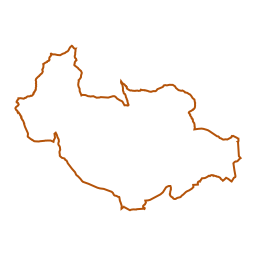 the district of Altina, Sibiu, Romania
{"feature_id": "2599482B30844393553970", "entity_name": "Altina", "entity_type": "district", "adm_level": 2, "iso_a3": "ROU", "parent_name": "Romania", "parent_adm1": "Sibiu", "projection": "mercator", "projection_center": [24.479, 45.949], "detail": "fine", "context": "isolated", "style": "outline", "palette": "amber", "viewbox_px": 256, "rotation_deg": 0, "n_neighbors": 0, "source": "geoboundaries", "source_scale": "gbopen_adm2", "svg_char_len": 5686}
<svg xmlns="http://www.w3.org/2000/svg" viewBox="0 0 256 256"><path d="M175.7,198.9L176.7,198.2L177.6,197.8L180.5,197.1L181.9,195.5L183.1,194.7L185.9,192.0L187.0,191.3L189.1,190.4L191.8,188.7L193.4,187.1L193.2,184.9L197.9,184.6L197.9,183.8L197.7,183.0L198.2,181.8L199.0,181.4L199.8,181.6L199.9,180.9L200.7,180.5L200.9,179.7L201.5,179.1L201.9,178.3L204.6,178.1L205.5,177.8L207.9,176.5L208.5,175.9L209.1,175.7L209.9,176.1L211.2,175.1L211.9,175.1L213.1,175.3L213.3,175.7L213.6,175.4L215.5,176.1L216.4,176.2L216.9,176.6L218.4,176.8L220.2,177.8L220.9,179.0L222.6,180.3L222.9,180.7L224.3,179.6L226.1,177.8L228.4,179.0L231.2,181.3L231.6,181.5L233.9,177.8L235.2,177.1L235.4,176.7L235.4,175.7L234.4,170.2L233.4,163.3L234.7,161.9L235.8,161.4L236.5,161.5L237.5,161.1L239.5,158.9L240.6,158.1L238.9,156.2L238.0,142.0L237.7,141.7L238.3,141.5L238.5,140.4L238.4,138.6L237.8,138.5L236.9,137.8L233.1,135.9L232.5,136.2L231.9,136.0L231.4,136.8L231.3,137.4L227.3,139.5L225.8,139.3L223.6,139.6L222.6,139.4L221.3,138.5L219.7,138.0L219.4,137.7L219.2,137.2L218.2,136.4L217.1,136.3L209.7,131.3L208.1,130.3L206.7,129.8L203.6,128.9L201.6,128.6L198.6,128.8L194.4,129.4L194.8,127.6L194.8,127.0L194.5,126.1L194.6,125.1L194.2,123.1L193.7,122.6L192.9,121.2L192.9,120.0L192.6,119.6L192.7,119.2L191.9,118.6L191.6,118.2L191.7,117.6L190.1,115.4L190.2,114.5L189.6,113.9L188.8,112.9L188.8,112.6L189.3,111.8L191.3,110.8L192.3,110.1L192.8,110.0L192.9,109.5L193.8,109.1L194.8,107.7L195.1,105.7L195.0,103.7L195.2,103.0L194.9,102.3L194.4,99.5L192.7,98.2L191.1,95.7L189.9,94.4L188.7,93.9L187.4,92.9L185.0,92.4L184.7,91.8L182.5,90.5L181.2,90.8L178.5,90.1L175.9,87.9L175.0,86.3L172.8,84.9L169.5,84.8L166.9,85.4L165.3,85.1L164.7,85.2L164.5,85.4L163.7,85.5L163.1,86.6L162.7,87.0L157.4,89.2L156.3,90.7L155.3,91.2L153.3,91.1L151.0,91.8L149.1,91.5L147.4,90.8L146.9,90.8L145.6,90.3L145.0,90.5L144.4,90.1L142.5,90.1L140.8,89.7L140.5,90.6L140.2,90.7L138.5,90.9L137.5,90.6L135.8,90.7L135.1,90.9L132.5,90.7L131.3,90.4L130.2,90.5L128.6,89.7L127.1,88.7L126.7,87.9L126.9,87.5L126.8,86.9L126.0,86.3L126.0,86.1L125.7,86.1L124.4,84.4L123.1,83.7L122.1,82.8L121.1,81.3L121.0,82.0L121.2,82.7L121.4,83.5L122.3,84.5L122.7,86.5L123.0,88.2L122.9,89.2L123.0,90.8L123.5,91.7L123.7,93.0L124.2,93.7L125.1,94.2L125.8,96.1L125.9,97.1L126.7,98.7L126.8,99.5L127.4,100.5L127.4,101.5L127.6,101.9L127.9,103.3L128.5,104.7L128.4,105.3L128.0,105.5L127.2,105.5L126.2,105.2L124.5,105.3L122.5,101.7L121.8,101.1L119.9,100.3L117.0,98.5L116.1,97.4L115.2,96.6L114.3,96.2L113.0,96.2L108.2,97.6L100.7,97.1L99.6,97.5L96.6,97.7L93.4,96.2L90.3,96.5L89.6,96.3L88.1,96.2L85.6,95.1L84.4,95.0L82.4,94.9L81.4,95.4L81.2,94.7L79.7,91.2L79.6,88.7L78.6,86.7L78.2,84.8L78.5,82.2L78.8,81.5L78.6,80.2L79.4,79.5L80.9,77.4L81.1,75.2L81.7,73.4L81.8,72.8L81.0,71.0L78.4,68.7L78.1,68.1L74.4,65.3L74.3,64.7L74.7,63.6L74.6,63.3L74.9,62.0L75.8,60.7L76.3,60.2L76.4,60.3L76.5,60.2L76.0,58.7L75.1,57.9L74.9,57.4L74.7,56.2L75.2,54.4L75.2,52.6L75.4,51.8L75.6,48.9L75.7,48.7L75.1,48.8L73.9,48.2L72.3,46.1L71.8,45.8L70.2,47.2L69.4,48.5L68.5,50.3L67.7,51.3L66.2,52.0L64.8,53.1L62.6,53.8L60.2,55.2L57.5,55.0L54.9,54.4L52.7,54.4L51.1,53.6L50.9,53.7L50.9,54.2L51.4,54.7L50.3,56.6L49.8,56.9L49.4,57.6L49.2,59.4L49.5,59.8L49.2,60.3L48.8,60.8L47.4,61.2L47.0,61.8L47.0,62.0L45.5,62.6L43.2,64.1L43.6,64.8L43.4,65.6L43.4,67.1L42.7,69.1L42.3,69.4L42.3,69.9L42.8,71.4L42.2,72.9L41.6,73.6L40.6,74.3L40.4,74.7L39.4,75.5L39.2,76.1L38.4,76.5L36.2,78.7L35.7,80.2L36.1,81.5L36.1,82.3L36.0,82.8L36.1,83.1L35.9,83.6L36.2,84.6L36.0,85.6L36.2,86.3L35.8,87.6L35.9,89.1L35.6,89.6L35.6,90.0L35.3,90.1L35.1,90.9L34.4,91.6L34.5,91.9L34.3,92.3L34.2,92.5L34.0,92.4L33.3,93.3L33.4,94.3L32.8,94.8L32.3,95.5L31.4,95.9L30.8,95.7L29.8,96.3L27.7,96.4L26.8,96.9L25.7,97.9L25.3,97.8L24.7,98.0L23.8,98.7L20.8,98.2L18.4,98.3L18.4,99.1L17.5,100.0L17.4,100.5L16.7,101.3L16.6,101.7L16.7,102.4L17.9,102.8L18.1,103.1L18.2,103.8L18.7,104.3L18.7,104.5L18.1,105.5L16.1,107.0L15.4,108.1L15.4,108.4L16.1,109.9L17.2,110.6L17.2,110.9L17.7,111.6L17.5,111.9L17.9,112.7L18.3,112.3L18.7,112.5L19.1,113.4L19.8,114.1L20.4,115.2L20.3,115.5L21.3,116.4L21.3,116.9L21.1,117.1L21.1,117.3L21.4,117.2L22.0,119.4L22.4,120.0L22.9,120.3L24.2,123.4L24.0,123.6L25.0,126.8L27.8,133.0L28.0,134.0L27.7,136.2L27.8,136.7L30.7,139.0L32.0,139.7L32.2,140.0L32.5,140.0L34.0,141.1L34.8,141.3L38.8,141.5L40.2,141.2L44.5,140.8L45.3,140.6L49.8,140.5L50.6,140.5L53.5,141.8L53.6,141.4L53.8,140.1L54.6,138.7L55.0,137.8L54.5,133.8L55.3,133.5L55.3,133.0L55.7,132.7L56.8,134.8L57.5,137.2L58.4,138.8L58.7,139.5L58.9,141.4L58.4,142.9L58.3,144.1L58.7,145.1L59.6,146.3L59.9,147.1L60.2,149.8L59.5,151.5L59.5,152.9L59.8,154.4L59.8,155.8L60.2,156.3L61.9,157.8L64.5,158.5L65.4,160.0L66.5,160.5L67.2,161.8L67.7,163.1L68.5,164.2L72.0,168.8L75.1,172.3L75.8,174.0L76.5,175.2L77.9,176.2L80.4,178.8L81.7,180.5L81.9,180.9L82.4,181.2L82.9,181.8L88.5,183.8L97.4,187.7L99.9,188.4L103.8,188.9L111.7,191.8L112.9,192.9L113.9,194.9L114.6,195.5L116.5,195.9L118.0,196.8L119.2,197.0L119.4,197.6L119.9,200.7L120.8,203.0L121.7,205.9L121.7,206.6L121.5,207.7L121.5,208.7L123.7,206.9L123.8,207.1L124.8,207.4L129.7,210.1L130.0,210.2L131.1,209.7L133.2,209.4L136.3,209.5L136.8,209.2L143.7,208.7L144.4,209.0L144.7,208.5L144.7,208.1L143.2,207.2L143.1,206.1L143.4,205.6L144.6,204.5L145.0,204.4L145.4,203.3L145.9,202.7L145.8,202.2L145.3,200.6L147.9,200.4L150.0,199.9L160.4,194.4L162.9,192.3L166.0,187.4L167.3,186.6L168.8,186.0L170.4,186.0L170.9,187.5L170.8,188.3L171.0,189.1L170.7,189.7L170.7,190.2L170.3,191.3L170.1,193.1L169.9,193.5L169.8,193.9L170.0,194.1L169.9,194.7L170.2,195.0L170.2,195.5L171.0,196.5L172.1,197.3L172.5,197.3L173.2,198.4L174.0,198.9L174.8,199.0L175.7,198.9Z" fill="none" stroke="#b45309" stroke-width="2"/></svg>